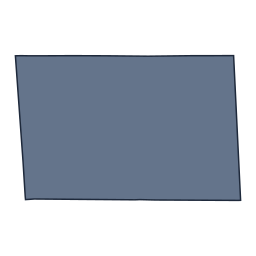 the district of Susquehanna, Pennsylvania, United States of America
{"feature_id": "52423323B76378871638878", "entity_name": "Susquehanna", "entity_type": "district", "adm_level": 2, "iso_a3": "USA", "parent_name": "United States of America", "parent_adm1": "Pennsylvania", "projection": "robinson", "projection_center": [-75.847, 41.82], "detail": "fine", "context": "isolated", "style": "filled", "palette": "slate", "viewbox_px": 256, "rotation_deg": 0, "n_neighbors": 0, "source": "geoboundaries", "source_scale": "gbopen_adm2", "svg_char_len": 417}
<svg xmlns="http://www.w3.org/2000/svg" viewBox="0 0 256 256"><path d="M155.7,200.0L178.0,200.1L238.4,200.4L240.6,200.3L233.6,55.6L233.4,55.6L210.5,55.7L191.7,55.7L148.2,56.2L138.0,56.1L105.9,55.8L77.0,55.7L69.8,55.7L68.9,55.7L43.5,55.8L28.4,55.8L22.5,55.7L20.1,55.7L15.4,55.8L23.0,161.1L25.2,196.2L25.5,199.6L34.2,199.0L135.0,199.8L139.8,199.6L155.7,200.0Z" fill="#64748b" stroke="#1e293b" stroke-width="1.5"/></svg>